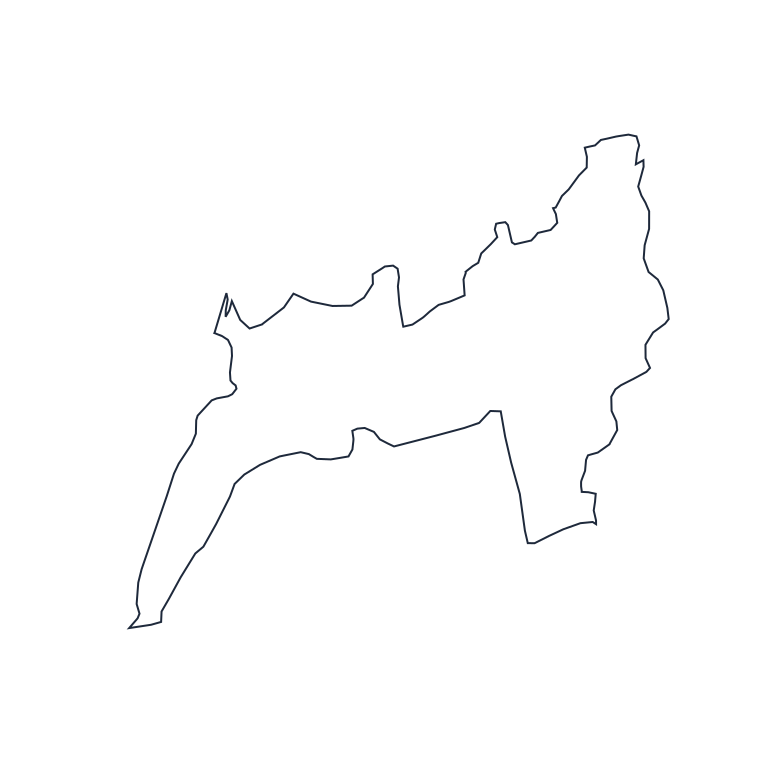 outline of Herzegovina-Neretva, rotated 77°
{"feature_id": "BIH-2228", "entity_name": "Herzegovina-Neretva", "entity_type": "Canton", "adm_level": 1, "iso_a3": "BIH", "parent_name": "Bosnia and Herzegovina", "parent_adm1": "", "projection": "natural_earth1", "projection_center": [17.847, 43.217], "detail": "fine", "context": "isolated", "style": "outline", "palette": "slate", "viewbox_px": 768, "rotation_deg": 77, "n_neighbors": 0, "source": "natural_earth", "source_scale": "10m", "svg_char_len": 2997}
<svg xmlns="http://www.w3.org/2000/svg" viewBox="0 0 768 768"><g transform="rotate(77 384 384)"><path d="M346.1,532.8L338.1,531.5L322.5,525.8L314.2,524.3L306.0,526.1L300.9,531.0L296.2,537.8L296.0,537.6L260.0,517.1L266.5,517.3L276.6,521.6L282.9,523.2L277.4,518.1L269.0,513.6L289.2,509.7L299.7,502.5L298.5,489.4L298.4,489.4L286.9,464.3L275.6,451.9L287.3,436.6L296.4,416.6L300.4,397.9L296.0,385.9L295.4,384.1L284.0,372.3L275.5,370.6L274.6,370.4L270.8,359.6L269.7,356.7L270.7,348.5L274.7,344.8L283.5,345.4L292.0,348.5L299.8,349.6L310.2,351.1L331.4,352.3L332.5,352.3L332.5,342.9L328.6,332.6L328.0,331.1L327.2,329.5L323.6,323.0L319.2,313.0L319.1,311.5L318.6,302.4L318.3,300.0L317.2,293.6L315.8,285.5L300.0,283.0L294.1,279.3L293.0,279.3L289.1,271.1L287.1,264.9L278.7,259.9L271.9,248.7L266.4,240.6L260.6,241.1L258.5,241.3L258.2,241.2L253.1,238.7L253.1,235.7L253.6,229.4L254.3,229.0L257.0,227.5L261.5,227.5L269.4,227.5L274.8,227.5L276.3,226.0L277.3,225.1L277.3,217.5L277.3,208.2L274.8,204.5L274.8,204.4L271.4,200.1L271.4,195.7L271.4,187.0L268.5,182.7L265.9,178.9L265.3,178.9L257.1,178.3L252.7,179.3L250.7,179.7L250.7,177.0L245.2,172.1L240.8,168.3L235.9,160.2L224.6,147.1L218.7,137.8L208.3,135.2L202.9,135.2L198.9,135.2L198.9,130.2L199.0,124.7L195.0,117.8L195.1,111.6L195.1,102.3L195.3,98.9L196.0,89.7L198.4,84.7L199.5,82.3L208.9,81.7L215.8,85.4L226.6,89.2L224.7,82.3L224.3,80.9L230.8,82.2L238.5,86.3L248.8,91.9L258.3,90.8L266.0,88.5L275.4,86.8L292.5,90.8L307.4,98.8L320.0,102.7L334.4,101.0L337.2,98.8L343.8,93.7L355.5,90.8L373.6,90.8L384.8,92.0L387.1,94.9L388.4,96.5L392.5,105.9L394.3,110.2L404.6,120.4L405.9,120.7L417.7,123.3L428.2,121.2L431.2,125.6L434.9,139.0L435.3,140.4L435.5,141.4L438.5,153.4L441.2,159.7L447.5,165.4L459.5,167.9L461.4,168.3L464.0,167.8L472.7,166.0L480.5,167.0L481.3,167.1L484.0,169.5L493.4,177.9L493.5,177.9L498.9,191.1L499.2,198.1L499.4,201.3L503.4,204.2L513.8,207.6L521.9,213.0L523.3,213.8L524.6,214.2L528.2,215.0L532.6,215.4L533.6,215.6L535.4,209.3L538.6,202.4L545.7,204.7L545.8,204.7L554.4,208.1L564.7,208.1L568.3,208.9L565.8,211.3L565.4,211.7L563.8,223.9L565.9,242.0L569.2,257.5L573.0,273.1L571.4,279.7L558.6,279.7L521.7,276.4L489.2,277.8L462.5,277.8L436.9,276.4L435.1,283.1L434.2,286.5L443.3,300.0L444.9,315.6L446.0,345.8L447.1,388.3L442.8,393.7L437.0,400.5L428.4,404.6L422.5,412.7L421.5,420.0L422.5,425.4L429.8,426.0L431.1,426.2L433.0,426.8L440.7,429.5L446.6,434.9L446.0,445.0L445.5,452.8L441.8,466.3L439.2,469.1L435.4,473.0L431.7,480.5L431.2,497.6L431.1,502.1L431.3,503.0L434.9,523.0L440.8,540.5L447.4,551.4L447.7,552.0L448.0,552.2L459.0,559.4L482.6,579.0L491.2,586.8L501.9,596.6L505.1,602.9L506.7,606.0L526.6,625.6L544.8,641.8L555.6,651.9L565.7,654.7L566.2,665.1L564.5,687.2L556.9,676.8L552.8,673.9L542.7,674.5L522.2,668.1L509.9,661.8L444.4,620.9L424.1,608.8L415.4,601.9L399.3,585.0L390.1,578.5L377.0,575.1L372.9,572.7L361.2,555.6L360.4,550.2L360.9,538.8L359.8,534.2L355.4,528.8L352.0,528.9L349.1,531.3L346.1,532.8Z" fill="none" stroke="#1e293b" stroke-width="2"/></g></svg>